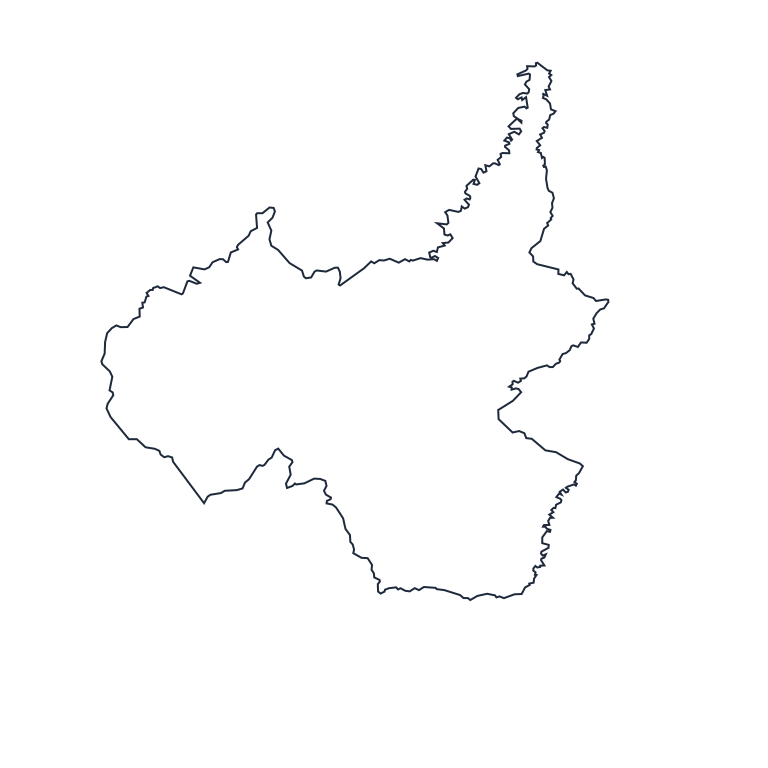 outline of Unaí, Minas Gerais, Brazil, rotated 249°
{"feature_id": "56859067B95951765675764", "entity_name": "Unaí", "entity_type": "district", "adm_level": 2, "iso_a3": "BRA", "parent_name": "Brazil", "parent_adm1": "Minas Gerais", "projection": "robinson", "projection_center": [-46.723, -16.386], "detail": "fine", "context": "isolated", "style": "outline", "palette": "slate", "viewbox_px": 768, "rotation_deg": 249, "n_neighbors": 0, "source": "geoboundaries", "source_scale": "gbopen_adm2", "svg_char_len": 6167}
<svg xmlns="http://www.w3.org/2000/svg" viewBox="0 0 768 768"><g transform="rotate(249 384 384)"><path d="M530.7,143.8L523.2,138.7L512.5,134.1L506.5,128.3L503.3,128.1L494.2,132.5L488.2,133.0L476.4,125.5L473.3,127.7L470.5,127.2L464.6,119.0L460.7,116.2L451.1,116.9L423.9,126.0L421.0,133.5L410.4,138.7L405.6,146.9L402.1,150.3L398.2,150.2L394.4,152.6L394.0,156.6L391.3,159.9L387.1,159.2L337.2,173.3L342.0,179.0L342.8,182.3L340.6,192.8L341.4,197.0L337.7,208.5L337.2,214.5L341.8,218.9L343.5,223.9L352.4,235.9L352.9,238.8L351.1,241.2L351.3,243.4L354.8,249.0L355.6,252.8L361.2,258.6L361.6,262.1L353.0,264.9L346.0,270.7L343.9,270.6L340.8,265.9L332.8,264.4L326.1,256.8L321.7,256.2L321.6,261.9L323.0,265.2L321.7,266.0L319.8,274.0L320.7,284.8L318.3,290.3L314.6,294.5L309.4,293.8L305.9,289.7L301.6,290.1L297.0,293.8L295.6,292.9L295.3,288.8L293.1,287.6L289.9,292.7L285.9,295.0L273.3,297.7L262.5,296.1L255.2,298.1L248.7,296.0L245.3,297.3L240.1,296.7L237.1,294.7L229.8,300.7L227.3,306.3L219.4,308.0L215.0,305.8L210.8,306.7L206.9,305.6L202.7,309.6L201.1,309.4L199.4,306.5L192.4,304.1L189.6,305.7L190.0,310.1L191.6,311.2L191.6,315.3L189.8,322.5L187.2,323.4L187.4,326.2L183.3,329.8L181.2,333.7L182.4,339.5L179.0,342.8L180.2,348.5L175.2,359.1L173.6,359.7L170.0,366.4L159.7,379.4L155.7,381.5L154.0,385.7L151.4,387.1L152.7,395.2L151.2,405.1L146.9,411.9L144.5,412.5L144.3,415.7L141.1,419.2L140.9,430.5L138.6,437.2L143.5,442.8L144.2,448.0L145.6,448.1L144.9,452.5L148.6,454.4L151.0,457.9L151.8,456.5L153.8,458.0L156.3,456.5L158.3,457.4L159.9,460.1L157.8,461.3L157.2,464.2L158.4,464.7L157.1,468.7L163.2,467.5L164.5,468.3L164.5,471.5L167.0,474.0L166.9,470.7L169.4,469.8L171.1,470.9L172.1,478.9L174.8,480.1L178.7,474.7L184.1,476.8L188.3,483.3L186.5,486.0L188.1,487.1L190.7,484.0L192.9,483.6L193.8,481.3L195.0,482.6L193.2,487.9L197.3,488.2L199.5,491.0L198.6,493.8L202.8,491.5L203.7,496.2L206.4,495.0L207.6,497.9L206.7,499.5L209.6,501.4L210.1,506.6L211.9,508.0L213.5,507.5L216.7,504.4L219.0,508.3L217.2,510.0L220.4,509.4L221.3,513.3L217.6,514.8L217.5,517.1L219.1,518.5L221.9,516.6L222.4,518.1L222.2,525.4L220.3,526.7L221.7,528.3L224.3,526.7L225.3,528.6L229.5,530.6L230.9,534.1L236.0,540.2L239.6,538.4L247.9,528.7L258.7,520.2L264.2,510.9L279.9,502.3L282.5,497.4L287.8,497.4L291.7,493.2L292.6,486.7L310.1,478.4L318.8,481.3L322.1,498.3L327.2,509.1L331.1,507.8L332.6,505.7L333.0,501.1L335.0,502.0L336.6,499.9L337.6,504.0L340.0,504.7L340.5,506.3L337.2,509.6L337.8,512.9L340.2,513.2L339.0,517.0L340.0,519.8L343.7,523.3L344.0,533.1L343.0,542.8L340.5,544.6L339.3,547.7L341.3,551.7L341.2,555.2L342.2,556.7L343.9,556.5L348.0,561.5L347.6,564.9L349.0,569.4L352.2,572.7L352.2,574.6L349.1,578.2L352.2,582.9L349.9,587.9L352.5,591.7L355.9,593.0L356.3,595.3L360.6,599.9L365.1,599.4L364.8,602.1L370.0,602.8L374.0,608.0L376.1,612.6L375.8,616.5L380.2,622.9L382.3,623.4L383.5,621.3L385.5,611.7L389.2,610.4L394.7,603.4L403.4,599.9L403.9,598.1L410.4,596.2L413.7,598.4L419.9,597.7L420.4,595.6L423.1,594.8L420.9,591.1L424.3,586.2L428.4,587.9L441.0,569.9L444.8,567.3L449.7,568.9L454.7,566.9L458.0,570.4L461.4,581.2L471.5,589.0L473.2,594.1L475.8,594.0L477.7,599.1L479.2,599.1L480.5,601.7L484.9,600.9L488.1,604.4L492.7,605.7L496.5,609.2L502.2,609.8L505.3,607.1L508.4,606.9L517.5,608.8L525.0,612.6L528.9,612.9L529.3,611.1L530.8,611.0L531.3,612.9L537.5,615.0L538.9,614.1L538.4,612.5L543.5,613.2L545.3,610.9L546.8,612.6L548.3,610.5L549.6,611.3L550.9,615.4L556.1,613.7L557.2,619.7L561.0,619.2L561.2,623.4L562.5,624.6L566.0,623.6L566.6,625.4L564.7,628.2L567.5,629.8L569.7,628.8L570.7,629.7L571.7,632.9L575.5,635.6L575.6,639.1L577.2,641.9L580.5,638.3L586.3,639.5L591.6,637.5L594.1,634.9L596.5,636.7L598.4,636.1L594.7,639.6L600.6,639.9L599.5,644.5L602.7,644.3L606.9,648.9L611.4,648.0L612.5,650.9L614.6,649.4L616.7,651.8L618.3,648.9L629.0,642.3L629.1,640.8L626.8,640.1L626.5,638.5L629.4,631.5L626.8,630.9L625.8,628.9L625.3,619.5L623.5,619.3L621.9,630.4L620.6,631.2L615.8,628.9L615.2,625.3L613.2,622.9L607.2,625.2L604.5,623.6L603.8,621.8L605.9,618.1L606.0,614.4L603.9,609.8L601.9,610.9L602.2,615.1L599.6,614.8L600.9,619.4L590.5,617.2L590.3,615.8L592.6,614.6L593.6,608.2L590.4,601.7L587.5,601.2L583.0,604.4L583.7,602.0L579.9,592.6L576.6,594.0L573.8,602.2L570.7,602.6L568.7,599.4L572.8,596.0L572.5,590.0L566.3,591.2L565.7,589.9L568.2,589.7L570.0,587.1L568.1,583.6L564.8,587.3L563.3,587.2L563.1,582.5L562.1,581.9L557.3,584.5L554.5,583.7L557.2,577.3L557.0,575.2L554.0,574.8L552.5,570.4L547.7,570.9L547.2,569.6L550.3,566.5L550.9,564.9L549.4,560.4L551.9,557.0L545.9,555.9L545.7,552.6L549.8,551.8L551.3,549.5L544.9,543.8L537.3,545.0L536.6,542.3L538.7,539.3L541.9,541.9L542.8,540.7L539.4,532.0L536.4,531.6L534.4,528.4L532.8,528.3L528.9,531.5L526.9,531.4L525.6,530.1L527.6,527.7L527.1,525.2L520.9,527.6L519.0,525.7L518.8,522.2L521.9,520.2L518.1,517.8L518.0,515.1L523.2,507.2L522.5,502.7L518.6,503.6L511.4,501.9L510.5,499.8L515.0,491.2L507.7,495.7L501.9,494.0L499.8,496.7L500.0,499.5L495.6,500.4L493.0,494.8L494.5,489.4L491.5,490.3L492.2,483.3L488.3,480.6L490.7,477.9L490.5,473.3L485.9,472.6L484.9,473.6L485.2,477.4L482.3,479.7L480.0,477.5L482.6,475.4L484.5,469.2L488.4,463.3L488.9,455.1L490.2,453.5L489.4,451.5L493.0,448.4L492.0,441.3L498.9,434.2L499.3,428.3L501.3,424.0L500.2,418.2L503.0,415.9L499.2,406.8L491.7,378.3L493.1,377.3L498.4,381.4L504.7,383.0L509.1,382.7L510.2,379.7L509.7,370.2L514.1,361.9L513.8,359.4L509.6,354.2L510.7,349.0L513.0,347.7L519.3,348.1L530.7,339.2L547.1,333.2L553.4,328.4L560.1,328.9L567.6,333.8L576.5,333.3L579.2,339.5L584.2,344.0L587.9,344.1L589.8,340.4L587.0,331.8L588.9,326.7L588.1,325.3L575.2,321.4L574.4,314.3L570.9,310.7L566.3,297.8L564.6,295.7L561.9,296.0L561.7,288.1L553.9,282.1L554.3,280.4L558.2,278.4L559.5,275.3L559.1,267.6L555.6,262.6L555.3,257.6L561.2,247.8L554.6,241.7L544.4,248.5L544.7,245.1L550.1,239.2L550.3,237.3L540.6,228.7L540.3,227.1L553.3,213.1L553.8,209.4L556.3,207.7L556.3,202.8L554.7,201.8L555.6,199.4L554.1,195.0L550.6,195.6L550.7,193.5L546.0,189.8L546.5,187.5L541.8,186.4L541.9,182.7L534.5,180.1L534.4,173.4L529.1,165.0L531.4,158.6L534.6,155.1L533.7,149.9L530.7,143.8ZM583.0,604.4L580.5,606.7L578.8,605.9L581.5,604.5L583.0,604.4Z" fill="none" stroke="#1e293b" stroke-width="2"/></g></svg>